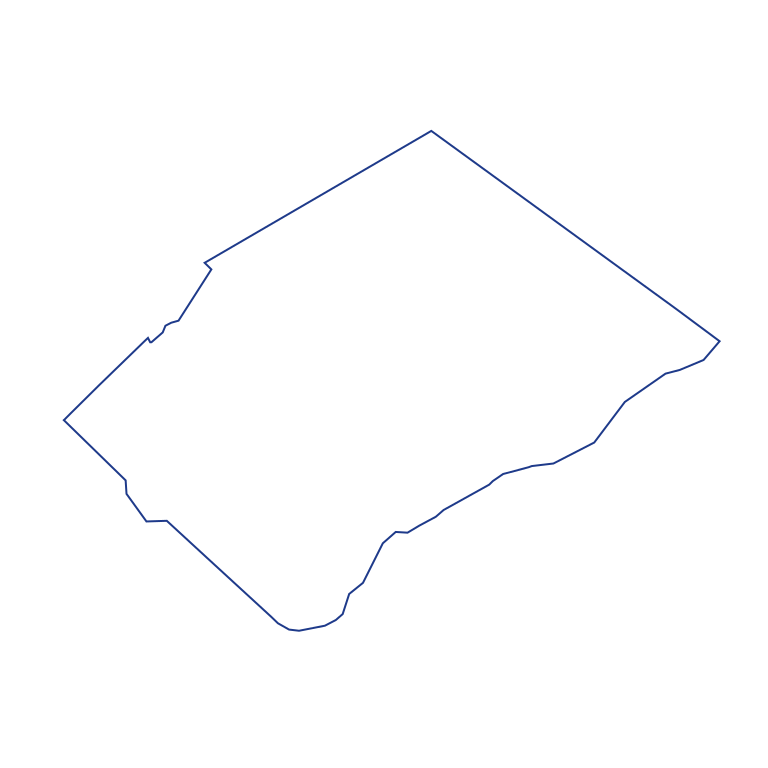 outline of Rensselaer, New York, United States of America, rotated 224°
{"feature_id": "52423323B33397436463796", "entity_name": "Rensselaer", "entity_type": "district", "adm_level": 2, "iso_a3": "USA", "parent_name": "United States of America", "parent_adm1": "New York", "projection": "equal_earth", "projection_center": [-73.547, 42.711], "detail": "fine", "context": "isolated", "style": "outline", "palette": "blue", "viewbox_px": 768, "rotation_deg": 224, "n_neighbors": 0, "source": "geoboundaries", "source_scale": "gbopen_adm2", "svg_char_len": 778}
<svg xmlns="http://www.w3.org/2000/svg" viewBox="0 0 768 768"><g transform="rotate(224 384 384)"><path d="M172.3,647.9L226.2,640.9L525.8,598.9L597.2,346.6L587.8,346.5L575.8,286.8L579.6,280.3L581.7,274.1L579.0,267.4L580.3,252.5L581.2,251.6L585.8,253.2L586.0,248.8L588.1,185.1L589.0,145.5L589.1,139.1L589.1,136.9L589.2,135.6L502.9,135.2L492.9,126.1L459.4,120.1L445.2,134.7L390.6,136.0L303.0,138.2L294.1,138.2L281.7,141.4L273.7,147.5L258.6,169.1L254.7,180.8L253.9,189.8L263.2,208.8L261.0,226.4L274.2,268.6L272.8,285.7L263.8,293.4L260.2,306.7L254.5,324.5L253.6,334.8L238.4,384.7L238.3,389.7L235.8,402.0L222.1,424.7L220.7,427.6L206.9,444.5L192.3,487.4L192.1,487.9L198.3,538.4L188.7,587.0L181.0,599.6L170.8,623.3L172.3,647.9Z" fill="none" stroke="#1e3a8a" stroke-width="2"/></g></svg>